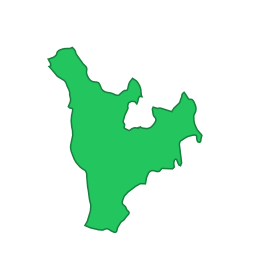 Salzburg, Equal Earth projection, rotated 72°
{"feature_id": "AUT-2327", "entity_name": "Salzburg", "entity_type": "State", "adm_level": 1, "iso_a3": "AUT", "parent_name": "Austria", "parent_adm1": "", "projection": "equal_earth", "projection_center": [12.999, 47.494], "detail": "fine", "context": "isolated", "style": "filled", "palette": "green", "viewbox_px": 256, "rotation_deg": 72, "n_neighbors": 0, "source": "natural_earth", "source_scale": "10m", "svg_char_len": 3376}
<svg xmlns="http://www.w3.org/2000/svg" viewBox="0 0 256 256"><g transform="rotate(72 128 128)"><path d="M45.1,184.1L45.1,182.4L42.7,181.7L37.8,182.6L37.9,181.9L37.7,177.0L37.3,175.6L36.5,173.8L35.7,173.1L34.0,171.9L33.4,171.0L32.9,169.6L32.7,168.2L32.7,165.8L32.9,163.8L34.4,158.6L34.2,156.0L37.0,154.7L38.5,154.4L41.6,154.5L53.1,150.9L56.7,149.0L58.2,148.8L59.4,149.0L61.7,150.1L63.1,150.5L64.6,150.6L68.0,150.2L70.0,149.5L71.3,148.9L72.5,147.8L73.5,146.4L74.5,144.0L75.2,142.8L75.8,142.1L76.6,141.8L77.6,141.5L82.7,141.1L83.8,140.6L84.9,140.0L85.8,139.3L86.6,138.5L87.3,137.5L89.5,133.4L90.6,131.9L92.6,129.7L93.3,128.6L93.8,127.6L94.0,127.1L93.8,126.3L91.8,121.9L91.4,120.3L91.3,119.3L91.7,118.2L91.9,117.6L91.5,117.0L90.6,116.1L87.0,114.0L84.9,112.3L82.2,108.3L85.8,105.5L87.8,104.7L91.4,103.9L95.1,103.9L100.8,105.2L102.6,105.0L101.5,107.3L103.1,109.0L105.8,110.5L107.8,112.2L105.0,113.4L103.7,116.5L104.3,119.7L106.8,121.5L108.4,121.7L109.3,122.0L110.2,122.7L114.9,127.1L119.9,130.4L121.0,130.8L121.9,130.6L122.7,130.2L123.8,130.2L124.8,130.6L125.4,131.1L126.0,131.5L127.1,131.4L127.8,130.9L130.7,127.9L130.7,126.8L130.4,126.0L130.1,125.3L129.9,124.6L129.8,123.8L129.8,121.5L130.0,121.1L131.0,119.0L131.1,118.8L130.9,118.9L130.8,115.9L131.1,116.0L132.7,114.1L132.8,113.7L134.0,111.1L134.3,110.8L134.5,109.3L134.6,107.7L134.3,106.0L133.5,104.1L131.5,101.1L130.2,99.8L128.9,98.9L127.3,98.7L124.8,99.7L123.2,99.9L117.5,99.0L115.9,97.6L117.8,95.0L118.4,94.1L118.6,93.2L118.7,92.3L118.9,91.5L119.4,90.5L126.0,81.3L125.5,80.9L123.3,78.1L119.9,71.1L118.1,69.7L117.3,69.3L115.3,67.5L112.8,66.2L112.0,65.2L111.5,63.8L111.4,63.6L113.5,62.9L118.2,61.7L119.5,61.1L119.8,60.5L120.5,58.5L121.8,57.7L123.7,57.2L128.0,56.9L130.6,57.3L133.1,58.5L136.1,61.3L136.6,61.6L137.1,61.8L141.1,63.0L145.0,63.4L150.8,62.8L157.8,60.0L160.9,61.9L161.9,62.4L162.9,62.9L163.7,63.8L163.6,64.8L162.7,65.8L161.3,66.1L159.8,66.0L157.0,65.3L156.3,65.4L155.8,65.8L155.4,66.4L155.1,67.5L154.8,69.1L154.6,72.8L154.7,74.5L155.0,76.2L156.3,81.0L156.7,82.2L157.7,83.3L159.3,84.2L177.7,87.8L180.1,89.7L178.9,91.0L177.2,91.3L173.2,91.5L172.5,91.9L172.3,92.6L172.8,93.5L173.2,94.0L173.7,94.4L174.7,94.9L176.8,95.7L179.4,96.0L180.1,97.2L180.6,98.3L176.9,108.3L178.6,110.9L178.9,112.0L178.6,113.4L178.1,114.4L176.5,116.8L175.9,118.5L176.1,120.5L177.0,122.2L180.6,125.5L186.5,128.7L185.7,130.7L184.9,133.1L184.8,134.1L185.8,138.8L188.9,147.7L191.6,152.6L194.8,155.2L196.6,156.3L198.1,156.7L199.5,156.3L201.0,155.3L202.7,154.6L205.5,154.4L207.1,153.5L208.6,153.0L210.0,153.8L211.7,156.8L213.9,159.9L214.5,161.1L214.7,162.2L215.2,163.6L216.1,164.8L219.5,168.7L222.6,170.6L223.3,171.7L223.1,173.1L221.2,175.3L218.1,177.9L217.3,179.0L217.1,180.7L217.3,183.4L216.8,184.8L215.7,187.4L211.3,194.6L207.4,199.1L204.3,195.6L195.5,189.5L191.8,187.9L189.2,187.1L184.6,186.8L174.3,184.9L172.1,184.7L162.6,182.5L158.6,181.4L156.7,181.5L155.1,181.9L152.5,184.1L150.1,185.7L144.7,188.0L140.7,188.8L133.0,189.2L129.9,188.9L128.0,188.4L126.3,187.6L118.1,182.9L113.1,181.5L109.8,181.2L103.5,179.8L98.8,177.8L94.8,175.5L93.4,175.0L92.5,174.9L92.0,175.1L91.7,175.5L91.6,175.8L91.5,176.3L91.4,176.6L91.0,177.1L90.6,177.4L89.3,178.2L85.3,174.8L83.5,173.9L81.6,173.5L78.8,173.3L75.8,172.4L73.1,172.4L69.5,172.9L67.1,172.9L65.0,173.2L63.2,173.9L57.1,179.1L47.9,182.8L45.1,184.1Z" fill="#22c55e" stroke="#15803d" stroke-width="1.5"/></g></svg>